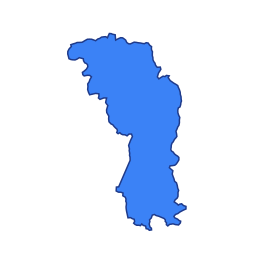 Lorena, São Paulo, Brazil, rotated 203°
{"feature_id": "56859067B19508502675553", "entity_name": "Lorena", "entity_type": "district", "adm_level": 2, "iso_a3": "BRA", "parent_name": "Brazil", "parent_adm1": "São Paulo", "projection": "orthographic", "projection_center": [-45.064, -22.777], "detail": "fine", "context": "isolated", "style": "filled", "palette": "blue", "viewbox_px": 256, "rotation_deg": 203, "n_neighbors": 0, "source": "geoboundaries", "source_scale": "gbopen_adm2", "svg_char_len": 3360}
<svg xmlns="http://www.w3.org/2000/svg" viewBox="0 0 256 256"><g transform="rotate(203 128 128)"><path d="M167.0,144.1L165.0,143.4L163.5,144.8L161.9,146.3L159.4,147.2L158.9,144.4L158.5,142.7L157.2,141.8L155.4,140.9L154.8,136.2L153.6,133.9L152.0,132.7L150.3,131.4L149.4,128.8L147.9,126.3L145.2,125.1L143.4,125.1L141.2,123.9L139.3,123.1L137.7,122.6L136.7,121.4L136.6,119.4L134.9,118.9L133.7,120.5L131.9,119.8L130.2,119.8L128.0,120.6L125.8,120.4L124.7,122.8L122.4,123.8L120.6,121.8L120.8,117.4L120.7,114.5L120.6,112.2L118.5,109.3L118.1,107.7L116.5,105.3L115.9,103.4L114.8,102.1L113.4,99.1L113.6,70.2L115.6,69.1L114.9,67.1L114.3,65.4L111.8,65.2L109.5,66.1L107.2,66.2L106.3,63.6L103.4,63.2L102.1,61.8L101.4,59.7L100.2,58.5L99.6,56.9L99.0,54.7L98.2,53.1L97.0,51.1L92.9,45.3L90.6,46.5L88.6,46.2L86.6,46.4L85.3,44.3L85.6,42.6L83.9,42.0L81.9,41.9L80.2,42.7L78.4,43.0L77.8,45.0L75.9,44.3L73.4,44.6L72.0,42.4L70.2,42.8L68.4,42.2L66.5,43.4L67.3,44.9L69.1,45.5L71.0,47.9L71.3,50.4L72.3,51.9L71.4,54.3L71.6,57.3L69.9,58.7L67.9,58.4L65.3,58.8L62.3,58.8L59.5,58.8L57.8,58.1L57.2,56.5L55.6,55.9L54.9,54.0L53.1,53.4L52.0,55.6L50.6,56.4L49.1,57.4L46.7,57.6L43.6,58.5L42.7,61.1L43.1,62.8L44.7,62.8L46.8,63.5L50.0,63.6L51.2,64.6L50.5,67.0L48.7,68.7L47.5,70.8L46.1,72.6L44.8,74.2L43.0,76.1L44.0,78.5L46.6,78.3L49.0,79.2L50.5,78.2L51.6,76.7L53.3,77.4L56.6,78.0L56.6,80.1L55.3,82.8L55.3,84.6L56.0,86.4L56.8,88.2L57.0,90.3L58.7,92.0L60.3,94.5L62.0,96.5L64.2,97.1L66.1,99.5L67.6,101.0L69.3,102.9L70.0,106.2L72.3,106.9L74.4,107.6L74.5,109.6L72.6,110.6L70.4,112.0L69.5,113.7L69.1,115.6L68.7,118.5L69.7,120.8L71.4,121.5L73.3,121.8L75.1,122.3L77.0,123.5L78.9,123.8L80.2,124.9L80.7,127.0L81.4,129.0L81.6,131.2L81.0,132.9L80.8,135.6L80.1,137.6L79.7,139.3L81.1,141.7L82.6,143.8L82.5,146.1L82.6,148.6L82.2,150.3L82.7,152.9L83.8,155.4L84.5,158.0L86.3,159.5L88.1,161.6L89.2,164.0L89.5,166.3L88.4,167.6L88.6,170.0L89.2,171.9L89.3,173.7L90.4,175.4L91.4,177.5L92.9,179.3L94.0,181.4L95.7,183.4L97.6,185.1L98.8,186.5L100.9,186.9L103.6,187.2L105.7,187.7L107.7,188.1L109.0,189.0L110.7,190.0L110.5,192.1L113.2,191.4L114.0,189.8L116.0,189.4L117.5,187.3L118.8,185.3L120.9,186.5L121.2,188.6L121.4,190.7L121.0,192.7L120.7,194.9L122.1,196.7L124.8,195.3L127.1,196.5L128.6,198.3L130.2,199.2L131.7,200.6L132.7,202.7L133.8,204.0L134.6,205.8L135.3,207.8L136.7,208.9L137.6,210.5L138.1,212.1L140.5,212.7L142.6,214.1L144.6,213.6L145.9,212.0L147.7,211.5L149.8,211.1L151.7,210.5L154.0,210.0L155.9,209.4L157.8,207.3L158.9,206.2L160.4,205.8L162.5,206.2L164.5,208.0L166.3,208.5L168.1,208.9L170.0,208.3L171.6,206.7L173.7,204.1L174.9,206.3L176.2,208.8L178.8,208.3L180.4,208.3L182.1,207.7L182.2,205.1L182.2,203.0L184.1,203.4L185.7,202.6L187.9,201.3L189.0,199.5L190.6,198.1L191.9,195.7L194.4,195.6L196.1,195.5L198.0,194.8L200.1,193.8L201.6,191.9L203.7,189.0L205.7,188.0L208.3,186.8L209.5,185.5L211.6,183.8L213.2,182.3L212.0,180.9L213.1,177.8L213.3,175.0L212.4,172.6L211.0,170.8L209.4,168.7L207.3,168.7L205.4,169.2L203.3,170.0L201.9,171.4L200.3,173.7L196.2,174.3L195.2,172.5L193.3,171.1L191.6,171.1L190.0,170.5L188.9,168.6L189.3,165.9L190.5,163.4L191.7,161.4L190.4,159.4L188.7,158.8L186.1,160.6L183.8,161.5L181.6,160.8L182.0,157.8L181.8,155.5L182.3,152.8L181.1,150.6L180.2,147.7L178.4,145.5L176.3,143.6L172.7,146.2L171.3,147.2L168.2,148.1L167.2,146.0L167.0,144.1Z" fill="#3b82f6" stroke="#1e3a8a" stroke-width="1.5"/></g></svg>